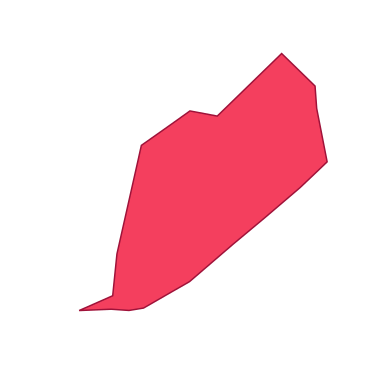 F'Derick, Tiris Zemmour, Mauritania (Albers equal-area conic projection), rotated 231°
{"feature_id": "47542326B14226246765401", "entity_name": "F'Derick", "entity_type": "district", "adm_level": 2, "iso_a3": "MRT", "parent_name": "Mauritania", "parent_adm1": "Tiris Zemmour", "projection": "albers", "projection_center": [-12.824, 22.739], "detail": "fine", "context": "isolated", "style": "filled", "palette": "rose", "viewbox_px": 384, "rotation_deg": 231, "n_neighbors": 0, "source": "geoboundaries", "source_scale": "gbopen_adm2", "svg_char_len": 429}
<svg xmlns="http://www.w3.org/2000/svg" viewBox="0 0 384 384"><g transform="rotate(231 192 192)"><path d="M130.4,316.0L178.5,341.5L196.9,354.3L243.2,348.8L235.1,259.4L256.3,241.4L257.7,218.2L260.1,182.0L251.2,170.8L191.1,94.7L161.3,65.1L170.9,29.7L151.8,55.4L139.6,68.5L132.3,81.3L127.1,113.9L123.9,133.7L125.6,191.3L126.2,232.0L127.4,278.7L129.4,304.1L130.4,316.0Z" fill="#f43f5e" stroke="#9f1239" stroke-width="1.5"/></g></svg>